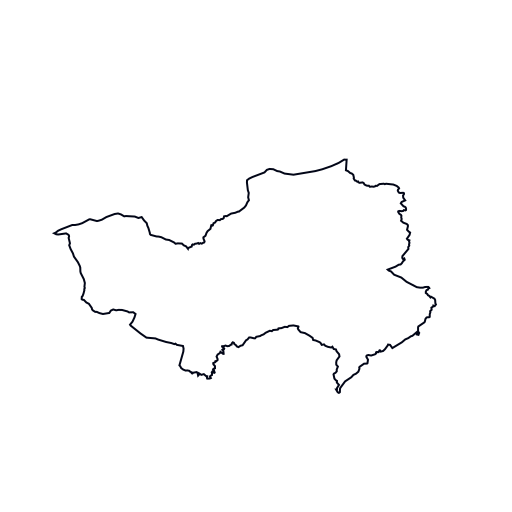 outline of Villa De Leyva, Boyacá, Colombia, rotated 215°
{"feature_id": "7082276B92158404530910", "entity_name": "Villa De Leyva", "entity_type": "district", "adm_level": 2, "iso_a3": "COL", "parent_name": "Colombia", "parent_adm1": "Boyacá", "projection": "orthographic", "projection_center": [-73.539, 5.662], "detail": "fine", "context": "isolated", "style": "outline", "palette": "ink", "viewbox_px": 512, "rotation_deg": 215, "n_neighbors": 0, "source": "geoboundaries", "source_scale": "gbopen_adm2", "svg_char_len": 6109}
<svg xmlns="http://www.w3.org/2000/svg" viewBox="0 0 512 512"><g transform="rotate(215 256 256)"><path d="M434.3,158.9L432.1,159.2L430.3,160.2L424.5,165.6L421.8,165.8L421.0,165.5L420.2,164.6L419.9,163.4L415.7,159.7L415.2,157.7L411.9,155.4L407.4,153.1L404.8,151.1L398.4,148.8L394.7,146.8L393.3,145.7L391.0,142.6L389.8,141.5L383.8,138.3L380.7,135.7L378.9,132.4L377.9,131.6L377.7,130.4L377.0,129.6L375.8,126.4L375.1,123.8L375.3,122.7L374.1,120.7L373.2,120.6L371.8,121.3L368.3,120.6L365.5,121.0L360.8,119.3L359.6,118.2L358.5,117.9L355.7,118.0L354.4,118.9L351.6,119.4L348.1,120.7L343.5,125.2L343.6,128.0L342.3,130.3L339.4,131.3L337.6,133.1L334.7,135.0L329.4,136.9L327.6,137.0L324.3,139.5L321.4,139.4L320.3,135.9L319.5,131.3L319.8,127.5L318.7,127.1L306.2,126.3L298.9,126.3L291.1,130.8L288.3,131.4L280.3,134.0L275.5,136.1L272.3,137.0L271.7,138.0L269.9,137.8L264.2,140.4L262.2,138.6L260.7,136.0L256.0,122.5L254.7,122.2L253.1,121.3L250.5,121.2L247.9,121.8L246.6,122.9L244.7,123.7L243.4,123.4L242.1,123.8L241.6,123.2L241.1,123.1L240.7,123.3L240.5,124.4L238.0,126.9L236.6,126.5L234.8,124.8L234.6,126.3L235.2,127.2L232.6,127.3L231.0,129.3L228.2,129.0L227.0,129.5L226.4,128.1L225.6,127.6L223.6,129.1L223.0,130.1L224.5,130.8L224.6,131.7L223.8,133.2L224.7,134.7L225.5,135.3L225.5,136.5L225.1,136.8L223.7,136.2L223.1,136.4L223.0,136.8L225.0,138.3L225.6,138.1L226.2,138.5L226.0,139.4L225.2,140.5L226.5,142.3L228.7,142.8L229.6,143.7L228.6,145.5L228.9,146.6L228.2,146.9L227.8,148.8L228.4,149.6L230.6,151.0L230.9,153.3L229.9,155.8L230.2,157.1L226.7,157.0L226.4,157.3L228.2,159.4L229.8,159.8L229.6,160.8L228.8,161.3L228.9,161.9L230.2,162.4L231.8,162.3L232.0,162.7L230.4,163.9L229.7,165.1L227.7,165.7L226.4,166.9L225.8,168.8L225.2,169.4L225.7,170.7L225.5,172.0L224.3,172.2L223.4,171.5L221.0,171.4L219.9,170.9L218.1,171.3L217.2,173.6L215.8,175.2L215.8,181.3L215.1,182.7L214.9,185.3L213.6,186.2L210.3,187.5L209.5,188.1L209.4,190.0L206.7,192.8L206.2,194.1L204.8,196.2L204.1,198.6L201.8,202.7L199.9,203.5L199.5,205.2L195.9,208.2L195.8,208.8L196.1,209.5L195.9,209.8L193.8,211.5L191.8,214.5L189.5,215.8L188.9,217.7L185.5,220.6L180.9,222.6L180.6,222.4L180.3,220.8L179.3,220.1L175.8,219.2L171.7,220.9L166.6,221.4L162.7,221.4L161.0,220.0L158.7,221.0L154.4,221.9L153.2,221.8L151.2,220.9L149.6,222.6L147.8,222.2L145.1,222.8L142.5,223.9L141.8,224.3L141.4,225.5L139.0,224.4L136.9,225.3L135.4,224.2L131.6,223.2L130.0,221.6L130.1,216.8L129.3,214.9L127.9,213.0L125.5,212.4L124.8,209.4L123.7,207.8L123.9,205.9L124.7,204.3L124.6,203.5L121.4,200.5L119.2,200.0L118.0,200.1L117.2,198.7L114.1,198.0L113.9,194.3L113.2,193.2L113.9,192.6L111.0,191.3L109.8,191.3L109.4,191.7L109.2,192.6L111.0,195.3L111.3,196.4L111.1,204.4L108.4,211.3L108.0,214.5L106.6,216.9L105.8,219.9L106.6,223.0L107.5,223.9L107.6,224.6L105.7,229.8L103.4,231.5L103.2,232.1L104.8,235.3L107.8,236.7L108.2,237.4L108.1,238.2L107.1,239.4L104.6,240.5L102.1,243.8L101.7,245.2L102.4,245.9L102.0,246.7L100.5,247.5L100.7,249.6L100.2,249.8L99.6,249.1L99.1,249.1L97.4,251.1L96.9,253.6L96.8,258.5L97.0,259.2L95.2,260.1L91.5,258.8L87.0,269.0L85.9,273.3L84.2,276.0L83.1,279.0L82.1,280.3L80.6,286.0L80.1,285.9L79.2,284.0L77.7,284.6L78.2,286.6L80.0,287.2L82.3,290.5L82.6,291.4L80.1,298.0L80.0,298.9L81.1,301.7L81.0,303.4L80.7,303.9L79.1,305.1L78.8,305.8L80.3,308.0L80.9,309.9L81.7,310.7L81.3,312.7L82.7,314.3L81.9,316.2L82.3,317.1L80.9,317.4L80.8,319.5L81.9,320.1L84.0,322.7L85.4,323.4L89.5,323.0L89.7,322.8L89.6,322.2L91.4,322.7L92.6,322.5L93.9,323.1L95.7,323.1L96.5,324.3L96.7,325.9L95.9,327.0L96.2,328.2L95.6,329.1L96.1,329.4L96.8,329.1L97.2,329.4L98.1,328.8L99.7,327.6L101.2,325.7L103.4,324.2L106.4,322.7L117.9,321.2L124.6,321.7L132.1,319.9L136.5,320.8L139.0,320.2L140.3,320.4L135.6,327.3L134.1,330.7L132.7,332.0L132.4,333.6L132.5,335.9L132.0,338.2L133.1,339.0L133.6,337.8L134.5,338.0L135.2,338.5L136.0,339.9L135.2,349.2L136.4,350.6L136.4,352.4L137.4,353.4L137.8,354.8L138.9,355.6L139.3,356.8L141.1,356.3L142.3,356.7L142.3,361.3L143.2,363.6L145.0,363.6L147.3,364.1L148.6,367.5L149.3,368.4L150.9,368.7L154.4,367.8L157.4,368.1L157.9,369.9L159.0,370.7L160.1,372.5L160.8,372.8L162.9,372.8L164.9,373.7L165.1,374.2L164.5,375.1L162.3,376.3L161.3,377.3L161.2,378.4L159.7,379.1L159.5,379.7L160.0,380.6L161.2,381.6L162.5,381.7L163.6,381.3L167.6,382.2L167.7,383.8L165.7,387.1L168.8,388.2L170.2,389.8L170.3,391.6L170.8,392.3L171.7,392.2L174.2,390.2L175.4,389.9L177.3,390.8L177.7,391.7L177.6,393.5L178.4,393.9L180.9,394.1L184.5,393.3L190.9,389.8L191.7,388.7L192.8,388.5L196.1,385.7L197.1,382.8L198.3,382.1L198.5,381.2L199.5,380.1L200.9,379.4L202.5,378.0L203.9,378.3L205.3,377.3L206.9,376.9L208.2,376.8L209.6,377.5L210.9,377.4L213.2,375.3L214.5,375.1L215.1,375.6L216.0,374.9L217.5,375.0L218.3,374.6L220.4,375.5L220.8,376.4L222.9,378.3L225.0,378.5L226.3,378.0L229.4,378.3L231.5,377.8L237.0,386.9L239.1,385.5L241.6,379.8L245.9,372.7L251.5,365.0L256.1,359.6L271.9,344.1L279.9,339.9L284.9,338.9L287.4,337.7L291.6,337.0L294.8,335.1L296.5,332.8L297.0,329.3L304.2,318.7L306.0,315.5L306.8,312.9L305.5,310.9L300.4,305.2L298.1,303.5L296.1,299.6L293.8,297.6L293.9,295.1L293.2,291.6L293.4,288.9L295.5,282.5L296.1,282.2L297.8,279.5L300.7,276.5L302.8,271.8L303.6,271.5L304.9,270.2L304.2,268.4L304.6,267.2L305.8,266.2L306.2,264.6L308.1,263.5L308.8,261.8L308.7,260.0L309.6,258.5L308.9,256.3L309.0,256.0L309.9,256.0L310.3,255.6L308.9,252.1L309.9,248.6L309.8,246.6L309.0,243.6L309.8,241.1L309.0,240.1L306.5,238.5L306.2,237.4L307.0,236.3L307.5,235.0L309.0,234.6L309.6,233.3L310.8,233.5L311.5,232.4L313.0,231.0L313.4,229.6L314.6,229.1L314.7,228.2L314.1,226.8L315.7,224.4L316.1,223.4L315.9,222.9L318.8,223.8L321.3,223.3L323.8,223.7L327.3,221.5L328.9,219.9L330.9,220.1L336.3,219.3L339.3,217.8L344.3,217.1L346.8,216.1L348.8,214.9L354.4,212.9L355.5,213.2L356.3,214.1L360.2,217.2L362.4,218.5L364.3,220.2L368.0,220.9L372.0,222.3L374.1,219.7L377.9,218.8L385.5,214.1L386.7,212.9L390.5,212.6L393.4,211.7L395.9,209.3L400.9,202.1L403.1,197.3L405.1,194.7L406.3,193.4L412.9,191.0L413.6,190.4L417.2,183.2L419.5,180.1L421.9,177.7L424.3,176.0L430.8,166.3L432.6,163.2L433.5,160.2L434.3,158.9Z" fill="none" stroke="#020617" stroke-width="2"/></g></svg>